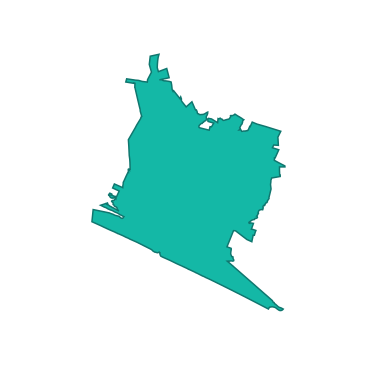 the district of Acapetahua, Chiapas, Mexico, rotated 340°
{"feature_id": "50627088B93400387524803", "entity_name": "Acapetahua", "entity_type": "district", "adm_level": 2, "iso_a3": "MEX", "parent_name": "Mexico", "parent_adm1": "Chiapas", "projection": "mercator", "projection_center": [-92.769, 15.222], "detail": "fine", "context": "isolated", "style": "filled", "palette": "teal", "viewbox_px": 384, "rotation_deg": 340, "n_neighbors": 0, "source": "geoboundaries", "source_scale": "gbopen_adm2", "svg_char_len": 6021}
<svg xmlns="http://www.w3.org/2000/svg" viewBox="0 0 384 384"><g transform="rotate(340 192 192)"><path d="M234.1,122.3L233.5,122.3L230.5,122.9L229.1,122.9L226.2,122.1L225.4,121.7L225.0,120.9L224.1,120.2L224.1,119.2L224.3,118.1L224.2,116.4L223.6,116.4L223.3,115.7L222.8,107.2L215.6,110.0L213.4,103.4L213.3,102.4L213.4,101.7L213.5,101.4L213.7,101.2L213.9,101.1L213.9,98.8L212.6,100.1L209.3,90.3L208.8,90.3L208.6,90.6L208.4,88.9L208.6,88.1L209.5,84.5L210.0,81.5L209.6,81.2L208.9,80.6L207.5,79.8L205.1,78.5L204.0,78.1L202.4,76.9L201.9,76.0L199.7,75.5L203.2,75.9L206.3,76.4L209.6,76.8L210.5,67.3L201.6,67.4L201.8,64.2L201.9,63.2L203.1,60.3L204.7,56.8L205.7,54.9L206.3,53.8L208.1,51.3L199.2,50.1L195.5,57.5L194.9,65.5L188.7,71.2L187.6,73.4L182.9,71.0L180.2,69.0L178.4,68.1L177.6,67.8L169.3,63.3L167.4,66.0L174.5,70.0L174.7,69.6L175.6,70.3L174.0,74.2L174.1,74.4L172.7,85.8L171.7,94.5L171.5,96.6L171.0,98.5L170.6,103.9L169.7,104.2L168.9,105.4L162.9,110.2L160.7,112.2L150.1,121.1L148.3,127.3L145.5,136.3L144.7,139.9L143.9,142.7L141.6,149.6L141.4,149.6L140.8,149.0L140.6,150.3L139.7,149.4L139.0,151.8L138.7,151.5L135.2,154.9L131.9,158.3L130.9,159.2L130.6,159.6L130.0,161.1L129.3,162.2L128.4,164.2L121.8,157.9L118.8,161.1L123.9,166.2L119.5,170.6L119.2,170.3L118.5,170.0L118.1,169.6L117.3,169.4L117.0,169.0L116.2,168.1L115.3,167.4L115.9,166.7L114.7,165.4L114.8,165.4L114.4,165.0L112.6,166.2L112.6,166.6L113.0,167.1L113.5,167.2L113.2,167.8L113.3,168.6L113.7,169.5L113.9,169.7L114.6,170.3L115.3,170.4L115.6,170.8L116.6,170.8L117.6,170.6L117.8,170.7L118.1,171.1L118.4,171.3L118.5,171.8L119.0,171.9L118.6,172.0L118.2,172.5L118.0,171.9L117.8,171.9L117.2,172.4L116.5,172.7L116.1,173.1L115.5,173.3L115.2,173.2L114.9,172.9L114.3,172.8L113.7,172.9L113.3,173.1L113.3,173.4L113.4,173.8L114.0,174.7L114.2,175.2L114.2,175.4L113.7,176.4L113.6,176.8L114.1,177.5L114.3,177.8L114.2,178.5L115.0,179.6L115.4,179.9L116.0,180.7L116.1,181.6L115.9,182.2L115.8,182.6L116.2,183.3L116.5,184.5L116.9,185.0L112.6,180.0L111.5,178.9L110.8,177.9L110.1,177.4L109.3,176.0L108.8,175.4L108.1,175.0L107.7,174.5L107.6,173.8L108.7,174.5L108.8,174.6L108.8,173.4L101.6,173.2L104.4,176.2L106.0,177.5L107.1,179.0L109.0,180.8L110.5,182.0L111.2,182.7L112.6,184.4L114.8,186.3L116.5,188.6L118.1,190.2L118.7,191.0L119.6,191.9L117.9,193.0L117.2,192.9L116.4,192.2L115.1,189.9L112.8,188.3L111.9,187.7L111.2,187.1L110.6,186.3L109.3,185.2L108.5,184.6L107.1,183.3L93.1,174.7L87.8,185.7L95.2,192.9L97.6,195.4L98.4,196.1L99.3,197.1L102.5,200.2L105.4,202.9L107.0,204.6L107.5,205.0L107.9,205.6L108.3,205.9L108.5,206.0L112.1,209.4L114.8,212.3L115.1,212.4L115.5,212.9L116.4,213.7L117.4,214.9L122.7,220.0L133.3,231.2L134.4,232.5L135.1,234.1L136.3,235.6L136.6,235.9L136.9,236.0L137.2,236.1L137.6,236.5L138.8,237.3L139.7,237.4L140.6,237.2L141.1,238.1L140.8,238.5L140.6,239.9L140.6,240.9L140.7,241.5L140.9,241.8L142.1,243.1L147.9,248.7L150.6,251.5L152.9,253.9L161.4,262.3L162.3,263.5L162.9,263.8L163.0,264.0L167.4,268.4L167.7,268.9L168.1,269.2L169.1,270.2L173.2,274.6L174.5,275.7L175.4,276.8L178.2,279.5L192.1,294.0L200.3,302.7L209.0,312.0L223.8,328.1L225.3,326.8L226.7,327.0L228.1,327.3L229.6,328.2L230.7,329.0L231.2,329.6L231.4,330.1L233.2,332.7L234.1,333.5L235.0,333.8L235.9,333.9L237.0,333.6L237.7,333.2L236.3,331.6L234.0,329.7L232.0,325.8L231.4,325.2L231.3,323.9L230.5,323.1L230.4,321.6L202.5,270.8L201.5,269.1L202.6,269.4L203.5,269.8L205.0,270.0L206.7,270.9L207.6,270.9L208.0,270.3L208.0,269.9L207.8,268.4L208.3,267.2L208.2,266.8L207.4,266.5L207.2,266.2L207.2,265.9L207.3,265.3L207.1,263.8L207.4,262.8L207.6,262.6L207.9,261.7L208.1,261.3L208.5,260.8L208.6,260.4L209.0,259.9L209.1,259.7L209.1,259.3L209.4,259.0L209.5,258.3L206.1,255.5L217.8,242.5L219.6,243.3L227.3,255.4L231.2,259.2L234.7,253.5L235.8,254.0L237.5,251.6L238.9,250.0L236.4,248.0L235.1,247.3L239.0,242.5L236.0,240.8L235.6,241.3L235.1,240.9L235.5,240.4L235.3,240.2L234.6,240.6L235.3,239.9L238.5,239.0L239.7,238.9L241.1,239.2L242.0,238.5L242.6,238.7L243.1,238.6L243.3,238.7L243.8,238.7L244.3,238.6L244.8,238.3L244.9,236.9L244.6,236.7L245.9,235.9L246.7,234.9L246.9,235.0L247.1,234.9L247.2,234.4L247.0,234.1L248.4,232.4L249.2,232.1L251.3,232.2L251.5,232.4L252.1,232.8L252.5,232.8L252.8,232.0L253.1,231.8L253.5,231.2L253.5,230.5L254.0,229.6L255.0,229.2L255.5,228.9L255.7,229.4L256.2,229.0L256.2,228.8L256.7,228.3L258.0,227.4L258.5,227.6L258.8,227.5L259.1,227.1L259.5,227.0L259.7,226.2L262.1,224.6L262.5,223.4L267.3,216.2L268.3,212.0L268.6,211.3L269.5,209.6L270.2,207.9L271.7,206.1L280.2,207.6L280.7,206.2L280.2,206.0L281.7,201.3L282.8,198.4L287.9,200.2L288.2,199.3L283.1,193.7L280.2,190.4L281.2,188.1L281.8,188.4L287.6,182.4L288.0,182.0L282.7,177.9L284.9,175.8L289.1,177.7L290.9,171.8L291.4,169.9L296.2,165.3L283.5,155.6L276.3,150.4L272.5,146.9L269.0,150.5L268.7,150.1L266.6,152.4L265.4,153.3L265.1,153.3L264.8,153.1L263.3,153.1L262.9,152.8L262.6,152.9L262.4,152.8L261.5,152.4L259.9,152.2L259.4,152.0L259.3,150.5L258.8,150.1L257.6,149.8L258.7,149.3L259.1,148.9L258.8,148.0L260.8,146.1L261.3,145.6L261.8,145.5L262.1,145.3L262.5,144.9L263.1,143.9L263.6,143.5L263.7,142.8L264.2,142.3L264.7,142.1L265.4,141.8L264.3,140.5L264.1,140.0L261.9,137.2L261.7,137.1L261.4,136.6L261.0,136.2L259.0,133.5L257.7,134.0L257.3,133.9L256.5,134.1L255.6,133.9L255.1,133.7L254.8,133.4L254.5,133.4L254.2,133.5L254.1,134.3L253.8,134.7L253.3,135.0L252.8,135.5L252.4,135.7L252.1,135.8L251.8,136.0L251.2,136.1L249.9,135.8L248.9,135.8L248.4,135.7L247.2,135.7L246.1,135.5L245.8,135.4L245.6,134.9L245.3,134.5L245.2,133.9L244.9,133.6L244.4,133.5L243.7,132.2L242.3,132.5L241.6,131.9L239.8,135.6L235.5,130.2L235.2,129.9L232.6,128.4L231.8,128.8L231.5,129.4L231.2,131.2L236.0,134.7L232.6,137.4L231.3,136.8L229.3,139.8L220.9,134.1L220.7,133.2L221.4,132.0L223.5,131.0L224.7,130.8L225.0,131.0L226.1,130.3L226.6,130.4L226.9,130.3L227.2,129.9L227.5,129.8L228.3,129.6L229.0,129.7L229.6,129.5L229.9,129.2L230.5,128.5L230.8,127.5L230.8,127.3L230.9,126.6L231.2,126.1L231.9,125.3L232.3,125.1L233.5,123.7L234.1,122.3Z" fill="#14b8a6" stroke="#0f766e" stroke-width="1.5"/></g></svg>